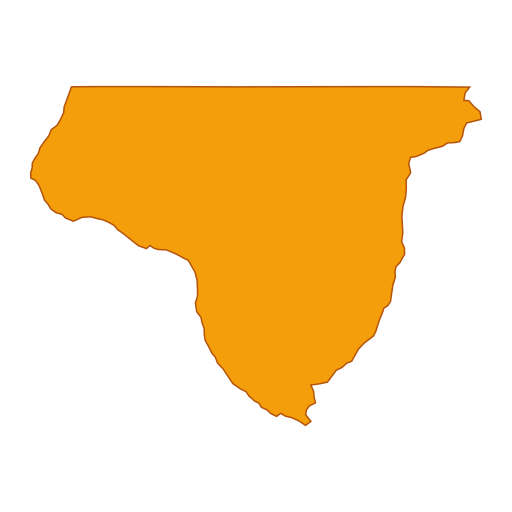 Cidade Ocidental, Goiás, Brazil (Mercator projection)
{"feature_id": "56859067B79829486223890", "entity_name": "Cidade Ocidental", "entity_type": "district", "adm_level": 2, "iso_a3": "BRA", "parent_name": "Brazil", "parent_adm1": "Goiás", "projection": "mercator", "projection_center": [-47.82, -16.154], "detail": "fine", "context": "isolated", "style": "filled", "palette": "amber", "viewbox_px": 512, "rotation_deg": 0, "n_neighbors": 0, "source": "geoboundaries", "source_scale": "gbopen_adm2", "svg_char_len": 1923}
<svg xmlns="http://www.w3.org/2000/svg" viewBox="0 0 512 512"><path d="M469.7,87.1L412.3,86.6L384.6,86.6L375.6,86.6L266.7,86.8L254.8,86.8L239.9,86.9L220.2,86.8L150.9,86.6L141.1,86.6L115.0,86.6L101.0,86.6L95.1,86.6L71.5,86.8L64.1,107.1L63.7,112.7L60.4,119.6L57.1,125.3L51.3,129.6L48.7,136.0L44.5,141.3L40.0,147.8L38.3,153.4L34.8,158.5L32.3,163.1L32.2,167.7L30.7,172.8L30.9,178.2L35.4,180.3L39.1,185.6L42.3,193.8L44.5,200.1L48.1,204.3L50.8,208.9L56.3,212.8L61.9,214.3L65.7,218.1L73.4,221.2L82.1,217.3L90.4,216.8L97.3,218.6L103.2,219.9L108.4,222.2L114.2,225.4L117.8,229.8L121.6,232.4L125.3,235.2L134.2,242.4L138.4,245.7L146.5,248.6L149.9,245.5L154.1,248.3L159.0,249.6L166.1,249.8L172.4,252.4L177.2,254.5L183.7,258.2L188.2,260.2L191.9,266.7L195.0,272.1L197.1,280.5L197.5,290.1L197.5,296.4L195.4,302.8L196.7,311.7L201.0,317.4L202.0,322.6L204.2,328.8L204.2,334.2L205.2,340.4L208.4,346.1L212.1,353.5L215.3,357.1L217.6,363.2L223.2,369.0L227.6,375.7L232.8,383.6L240.6,389.0L246.0,391.6L249.2,396.3L254.6,401.0L259.0,403.3L261.5,407.4L266.7,409.7L270.9,413.6L276.7,416.4L280.5,413.3L285.6,416.2L291.8,417.7L298.7,420.8L305.6,425.4L310.9,421.3L305.6,414.6L306.5,409.8L309.4,405.9L315.5,402.8L314.1,397.2L313.6,391.4L310.9,385.0L320.3,383.7L327.4,382.1L333.2,374.4L336.2,370.3L341.9,367.5L346.7,363.2L351.7,361.2L358.5,349.1L364.0,343.2L373.4,336.0L375.6,331.9L377.8,324.9L380.0,318.4L381.9,314.1L383.9,308.1L387.8,305.6L390.5,301.5L392.8,285.4L395.4,276.9L395.0,271.8L396.0,266.7L399.9,262.6L404.6,254.2L404.5,248.1L401.6,241.6L402.8,233.1L401.9,216.1L403.0,206.3L405.5,197.6L406.3,188.9L406.2,179.7L410.7,172.8L408.7,163.2L410.7,157.3L415.4,156.7L420.0,155.0L424.2,153.1L427.9,150.3L434.5,148.3L442.7,146.2L447.6,142.9L454.4,142.6L459.8,141.6L462.5,135.9L463.9,128.4L466.7,122.9L473.0,121.4L481.3,119.3L480.0,111.7L474.1,106.8L468.7,100.7L463.9,100.4L465.2,92.8L469.7,87.1Z" fill="#f59e0b" stroke="#b45309" stroke-width="1.5"/></svg>